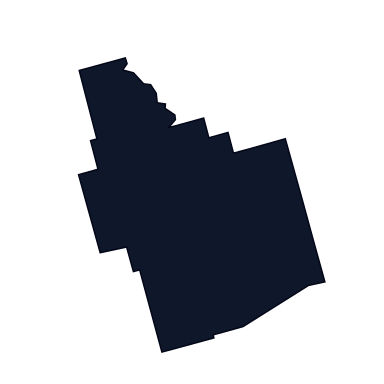 Sangamon, Illinois, United States of America, rotated 255°
{"feature_id": "52423323B88082099567325", "entity_name": "Sangamon", "entity_type": "district", "adm_level": 2, "iso_a3": "USA", "parent_name": "United States of America", "parent_adm1": "Illinois", "projection": "robinson", "projection_center": [-89.552, 39.749], "detail": "fine", "context": "isolated", "style": "filled", "palette": "ink", "viewbox_px": 384, "rotation_deg": 255, "n_neighbors": 0, "source": "geoboundaries", "source_scale": "gbopen_adm2", "svg_char_len": 675}
<svg xmlns="http://www.w3.org/2000/svg" viewBox="0 0 384 384"><g transform="rotate(255 192 192)"><path d="M202.4,87.2L157.1,87.6L155.8,114.6L130.3,114.8L130.3,121.3L45.2,121.5L45.2,134.9L45.4,175.4L48.5,175.4L48.8,206.5L54.0,223.3L71.6,280.3L70.8,297.1L113.6,296.7L155.7,296.5L219.3,295.9L219.2,289.2L218.8,255.4L218.8,242.1L240.2,242.2L240.0,222.3L260.4,222.4L260.2,192.8L260.3,186.2L266.2,194.7L270.8,195.4L279.7,187.7L283.9,189.1L287.2,181.5L296.6,183.0L306.4,179.8L309.0,173.3L322.3,166.3L327.8,156.6L332.7,162.5L338.8,162.3L338.7,144.1L338.6,114.5L267.9,113.9L267.9,107.3L238.3,107.1L238.1,86.9L202.4,87.2Z" fill="#0f172a" stroke="#020617" stroke-width="1.5"/></g></svg>